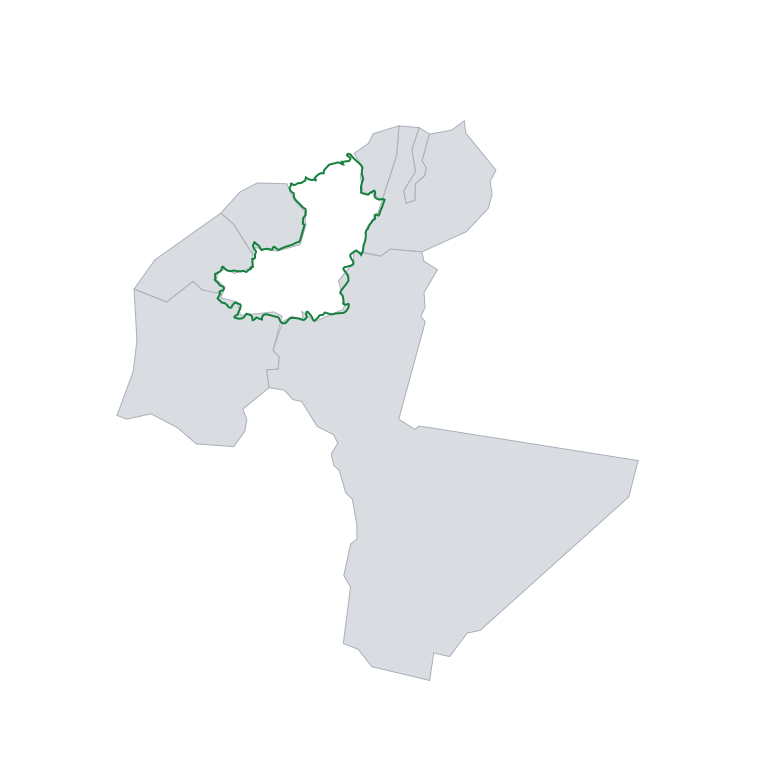 Guinea highlighted, Albers equal-area conic projection, rotated 106°
{"feature_id": "GIN", "entity_name": "Guinea", "entity_type": "country or territory", "adm_level": 0, "iso_a3": "GIN", "parent_name": "Africa", "parent_adm1": "", "projection": "albers", "projection_center": [-10.714, 9.945], "detail": "fine", "context": "with_neighbors", "style": "outline", "palette": "green", "viewbox_px": 768, "rotation_deg": 106, "n_neighbors": 7, "source": "natural_earth", "source_scale": "50m", "svg_char_len": 6732}
<svg xmlns="http://www.w3.org/2000/svg" viewBox="0 0 768 768"><g transform="rotate(106 384 384)"><path d="M131.3,409.3L121.3,388.9L108.9,379.4L120.1,374.7L147.6,335.3L160.0,337.8L172.3,332.3L186.4,332.2L214.9,346.9L246.6,384.0L252.6,415.1L262.1,422.4L263.0,440.6L238.0,443.4L219.7,436.9L160.5,434.9L131.7,440.8L127.9,420.7L151.0,421.7L171.1,412.1L193.0,418.3L204.0,412.6L199.0,405.0L182.7,409.1L172.8,402.6L164.7,402.9L158.9,409.0L131.3,409.3Z" fill="#d9dde1" stroke="#a8b0b8" stroke-width="1"/><path d="M264.5,450.1L262.1,422.4L252.6,415.1L246.6,384.0L255.1,379.3L259.4,364.1L285.0,370.7L299.2,365.6L308.9,367.3L312.7,361.5L413.8,360.1L419.1,341.9L414.7,338.8L387.6,118.6L425.0,117.6L594.2,223.6L600.5,235.4L627.9,245.8L628.9,262.1L656.4,258.4L659.1,317.7L646.2,335.6L644.7,351.6L588.3,360.2L579.3,369.8L547.0,372.0L540.5,367.2L526.8,371.3L503.5,382.7L498.9,391.0L479.5,403.1L476.2,409.8L465.7,415.4L453.4,412.1L446.6,418.6L443.2,436.5L423.4,458.4L424.1,467.2L417.3,478.4L419.3,493.5L402.8,500.9L398.7,489.8L386.9,492.4L382.3,500.0L352.1,498.6L344.2,491.1L345.5,483.3L342.3,480.3L336.9,482.9L343.0,467.7L323.7,444.0L318.6,443.4L297.3,456.2L275.2,446.6L264.5,450.1Z" fill="#d9dde1" stroke="#a8b0b8" stroke-width="1"/><path d="M347.0,500.6L382.3,500.0L386.9,492.4L398.7,489.8L402.8,500.9L419.3,493.5L447.1,512.8L456.0,506.0L467.9,504.8L485.6,511.1L493.4,548.0L483.0,570.1L476.9,599.6L488.7,621.7L487.8,632.0L441.0,628.5L410.3,633.5L361.6,650.4L365.0,615.5L338.0,596.0L343.6,584.4L340.9,571.8L342.1,564.3L346.2,564.2L345.6,547.8L357.5,541.0L345.0,509.5L347.0,500.6Z" fill="#d9dde1" stroke="#a8b0b8" stroke-width="1"/><path d="M131.7,440.8L160.5,434.9L207.4,436.5L204.1,448.0L206.2,456.7L189.8,464.4L182.1,463.8L170.6,476.4L157.1,465.3L146.4,463.4L131.7,440.8Z" fill="#d9dde1" stroke="#a8b0b8" stroke-width="1"/><path d="M342.1,564.3L343.6,584.4L338.0,596.0L365.0,615.5L361.6,650.4L327.9,638.5L264.6,587.9L272.2,572.0L295.8,545.7L308.0,542.2L318.9,558.1L317.2,568.5L322.2,574.1L329.6,574.2L334.8,563.6L342.1,564.3Z" fill="#d9dde1" stroke="#a8b0b8" stroke-width="1"/><path d="M218.3,532.5L232.1,521.2L239.5,508.4L252.5,502.9L273.0,503.0L285.7,523.3L288.7,547.2L295.8,545.7L272.2,572.0L264.6,587.9L239.1,575.4L225.7,561.3L218.3,532.5Z" fill="#d9dde1" stroke="#a8b0b8" stroke-width="1"/><path d="M131.3,409.3L158.9,409.0L164.7,402.9L172.8,402.6L182.7,409.1L199.0,405.0L204.0,412.6L193.0,418.3L171.1,412.1L151.0,421.7L127.9,420.7L131.3,409.3Z" fill="#d9dde1" stroke="#a8b0b8" stroke-width="1"/><path d="M294.5,543.7L292.5,543.4L291.6,543.8L289.0,546.9L287.4,548.1L286.2,548.0L284.9,547.7L284.1,547.9L283.4,547.6L283.7,546.8L284.3,545.9L285.6,542.5L288.8,539.1L288.9,538.4L287.5,536.4L286.2,533.7L286.1,530.8L285.9,528.7L283.0,528.1L282.5,527.8L282.4,527.1L283.2,525.2L284.0,523.5L284.2,522.7L284.0,522.1L282.2,520.2L279.5,516.8L277.0,513.0L274.8,509.8L273.1,508.3L271.4,506.1L270.8,504.8L269.0,504.3L263.9,504.3L257.8,504.3L252.7,504.3L252.4,506.2L246.8,507.4L243.3,505.9L239.4,506.8L237.5,507.7L236.9,509.6L236.1,511.8L235.2,512.6L234.9,513.6L234.4,514.5L233.6,515.5L232.8,517.5L230.9,520.4L229.0,522.2L225.7,523.2L224.7,526.2L223.9,527.4L222.6,528.2L221.3,528.8L220.0,528.4L218.6,528.2L217.1,528.7L216.8,528.0L217.7,525.6L217.0,524.3L214.5,521.8L214.3,520.6L213.5,519.0L210.1,515.8L207.0,516.0L207.9,513.3L207.9,509.7L206.8,507.7L207.1,505.8L206.5,505.9L205.4,507.2L203.7,506.8L200.3,504.6L198.6,502.5L198.4,500.8L198.0,500.1L197.0,500.5L194.8,500.4L188.3,497.2L183.7,489.3L183.6,487.5L184.3,484.5L184.2,483.7L182.0,485.7L181.6,484.3L180.0,481.1L179.6,479.3L178.0,478.5L176.8,478.3L175.8,478.9L174.5,482.6L173.5,482.6L172.5,481.8L172.8,479.0L173.9,477.7L175.3,475.6L179.6,467.0L181.2,465.0L182.1,464.3L184.1,464.3L188.0,463.2L191.2,461.3L192.8,460.5L196.5,460.7L200.8,460.5L206.4,458.7L206.6,456.1L206.5,452.8L206.4,451.5L204.4,450.3L203.2,449.3L202.2,448.0L201.0,447.1L201.1,446.1L202.6,445.3L203.6,444.9L205.9,445.0L206.6,444.5L207.2,443.7L207.9,441.6L208.1,439.3L206.6,436.4L206.7,434.2L215.0,434.6L215.8,434.9L219.5,435.2L221.7,435.3L223.2,435.4L223.7,435.9L223.6,436.8L223.2,438.0L223.7,439.2L224.9,439.5L225.6,439.1L226.2,438.6L227.0,438.1L228.1,438.4L230.4,440.2L232.5,440.7L234.9,441.7L237.1,442.2L239.0,442.2L240.5,443.2L243.2,443.5L246.8,442.3L249.6,441.7L253.5,441.6L255.5,442.0L261.5,441.0L264.5,441.2L266.2,441.6L265.5,442.3L264.7,443.8L264.0,445.7L263.3,446.9L263.5,447.8L265.5,449.4L268.3,451.7L269.4,452.0L270.7,451.5L272.8,449.7L274.4,447.7L276.0,446.7L277.8,446.8L279.2,448.2L281.0,451.2L282.6,454.0L282.8,454.3L283.5,454.8L284.3,454.8L285.2,454.1L285.8,453.7L286.5,452.4L289.7,448.5L292.0,447.5L292.9,447.2L294.5,446.6L297.3,447.5L301.3,449.1L306.1,451.0L307.8,451.3L308.8,451.0L310.2,448.4L312.0,447.3L314.6,446.1L316.7,445.5L317.9,445.4L318.3,444.7L318.5,443.6L318.3,442.5L316.9,440.6L316.9,440.0L317.7,439.6L319.3,439.3L321.5,439.5L323.9,440.3L325.9,441.6L327.0,443.0L328.2,446.1L329.2,449.2L331.7,454.0L331.6,457.0L331.6,460.5L332.7,461.1L333.9,461.4L334.4,461.9L335.6,464.6L336.7,465.4L338.1,465.5L340.6,467.2L342.2,467.9L342.4,468.4L342.4,469.1L341.8,470.0L340.8,470.7L339.4,471.8L338.2,473.4L335.7,477.1L335.7,477.8L336.2,478.3L337.2,478.3L338.3,478.1L340.6,476.7L342.4,477.2L344.1,478.2L344.7,479.3L344.9,480.7L344.5,482.5L344.5,484.5L345.1,487.9L346.0,491.3L346.9,492.6L352.7,495.5L353.2,496.7L353.5,497.9L353.1,499.7L352.5,500.7L350.9,502.2L349.4,503.4L348.9,504.7L349.2,507.0L349.2,512.4L349.5,517.1L350.8,518.8L352.2,519.6L354.0,519.4L355.7,519.1L355.6,521.9L355.2,525.0L357.2,526.0L358.2,526.9L358.8,527.8L355.6,529.5L354.7,530.5L354.3,533.1L354.4,535.5L358.7,537.2L360.4,539.2L361.2,541.3L361.5,545.3L361.1,546.2L360.0,546.2L358.7,545.0L357.8,543.8L356.6,543.8L354.4,543.6L352.0,543.1L348.9,543.3L347.8,543.5L347.1,544.2L347.0,545.4L346.7,549.5L347.7,550.3L349.7,551.3L351.0,551.7L352.0,551.6L352.9,552.2L353.1,554.0L352.5,555.2L351.4,556.4L350.1,559.5L350.3,560.6L350.4,562.3L348.1,566.7L347.4,567.6L344.3,566.7L342.3,566.5L340.9,567.6L339.9,566.9L338.8,565.9L338.5,564.5L337.7,564.2L336.4,564.2L335.1,565.0L334.6,566.4L334.5,568.0L334.3,569.3L333.6,570.0L332.1,572.0L331.4,573.8L330.5,575.4L329.2,575.3L328.7,575.1L328.3,575.5L326.3,576.3L324.6,576.6L324.2,575.7L323.2,575.0L322.1,573.6L320.8,572.4L318.5,571.6L317.5,572.0L316.4,571.9L315.7,571.4L315.8,570.7L317.0,569.0L317.7,567.4L318.1,565.6L318.1,563.9L317.4,561.6L316.3,559.7L316.1,558.6L316.2,557.1L315.9,555.6L315.6,554.9L315.4,553.4L315.1,552.1L314.4,551.6L314.1,549.5L314.2,547.2L313.2,546.4L311.8,545.8L310.9,544.9L310.4,543.9L309.9,543.6L309.4,543.7L309.0,544.3L308.6,544.4L307.7,542.3L307.4,542.3L306.8,542.7L300.1,545.1L299.8,544.2L299.2,543.1L297.9,542.8L295.7,543.6L294.5,543.7Z" fill="none" stroke="#15803d" stroke-width="2"/></g></svg>